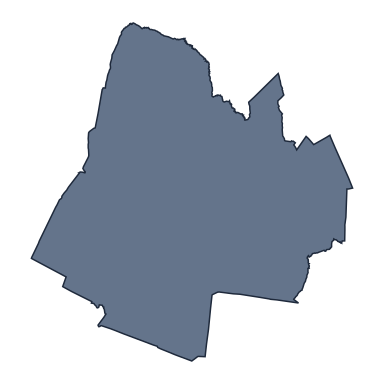 outline of Beidaud, Tulcea, Romania
{"feature_id": "2599482B84970171586181", "entity_name": "Beidaud", "entity_type": "district", "adm_level": 2, "iso_a3": "ROU", "parent_name": "Romania", "parent_adm1": "Tulcea", "projection": "mercator", "projection_center": [28.531, 44.703], "detail": "fine", "context": "isolated", "style": "filled", "palette": "slate", "viewbox_px": 384, "rotation_deg": 0, "n_neighbors": 0, "source": "geoboundaries", "source_scale": "gbopen_adm2", "svg_char_len": 5847}
<svg xmlns="http://www.w3.org/2000/svg" viewBox="0 0 384 384"><path d="M276.9,299.9L298.5,303.0L293.7,299.4L293.8,299.1L294.8,297.9L295.3,297.6L295.8,296.5L296.5,296.1L297.4,295.0L297.7,294.0L299.2,292.0L300.3,291.3L300.8,290.6L302.0,290.2L302.3,288.7L302.7,288.1L304.2,283.2L305.4,281.4L305.9,279.2L306.8,277.2L306.9,275.3L308.0,272.8L308.1,272.1L307.9,271.4L308.0,270.2L307.9,268.5L308.9,268.4L308.8,267.8L309.1,267.8L308.8,267.1L309.2,266.5L309.3,265.9L308.8,265.2L308.6,264.2L309.2,263.6L308.5,263.3L308.2,262.5L308.2,261.8L308.4,261.4L308.1,260.2L308.3,260.1L308.3,259.8L308.0,259.1L307.2,258.3L307.3,257.2L308.0,256.1L308.5,255.7L308.7,256.6L309.1,257.1L311.0,256.0L311.1,255.4L311.9,254.8L312.2,253.9L313.0,253.4L313.9,253.4L314.7,253.0L315.7,253.2L316.6,252.8L317.6,252.9L318.4,252.4L323.8,250.4L324.4,250.4L324.9,251.2L325.5,251.2L325.9,251.0L326.2,250.1L326.7,249.6L329.5,249.3L330.2,248.3L330.5,248.3L330.6,247.8L331.6,246.9L331.6,243.8L332.0,241.6L333.5,240.3L333.8,238.9L335.1,239.8L336.0,239.7L337.2,240.6L337.8,241.4L338.9,241.7L339.4,242.2L340.3,242.0L340.4,242.6L340.7,243.0L341.2,242.9L341.7,243.2L341.7,242.6L342.2,241.0L344.7,240.9L344.9,230.1L344.9,225.7L344.8,225.3L345.9,217.2L346.9,189.0L348.5,189.0L352.6,188.1L348.6,178.1L334.9,147.3L330.2,136.3L329.9,135.2L326.2,137.5L313.7,144.6L308.4,138.5L306.1,136.4L296.7,149.9L295.6,147.5L293.8,144.9L295.3,142.8L293.3,141.2L292.8,141.4L291.5,140.9L290.9,141.7L285.1,140.9L284.6,140.4L284.4,138.8L283.5,137.1L282.7,135.9L282.2,129.5L282.5,127.6L282.2,125.6L282.4,123.4L281.8,121.9L282.2,117.6L281.6,115.0L282.4,113.9L279.4,110.3L278.4,107.3L279.1,106.3L278.1,104.6L277.8,103.4L277.9,100.8L281.2,97.8L283.8,95.0L282.8,92.0L282.7,90.7L282.1,89.7L282.4,88.3L280.9,85.3L280.2,80.9L279.6,79.2L279.1,76.3L278.2,73.5L254.0,97.3L248.7,102.2L249.0,104.2L249.6,105.6L249.8,106.7L249.8,109.0L250.3,113.3L249.5,114.3L249.8,116.7L249.7,117.1L248.6,118.1L248.1,119.2L247.8,119.5L245.3,120.1L244.7,120.0L244.7,119.0L245.0,118.7L244.9,118.4L244.4,118.0L244.7,117.8L244.4,117.1L243.6,116.8L243.5,116.0L242.6,115.8L242.5,115.5L243.0,115.1L242.5,115.0L242.6,114.4L242.3,113.9L240.6,113.9L237.8,112.4L236.1,112.9L235.9,112.1L235.0,111.2L234.7,111.2L234.7,111.7L234.1,111.3L234.5,110.7L234.3,110.3L234.8,110.2L234.8,109.2L233.0,107.9L232.4,108.1L232.0,107.8L231.3,105.5L231.6,104.3L231.1,103.8L230.7,104.2L230.3,104.1L230.0,103.4L230.1,102.9L229.8,102.3L229.5,100.8L228.9,101.6L228.6,101.7L226.6,101.2L224.3,102.0L223.3,101.6L222.7,100.7L222.7,99.7L222.3,99.1L222.4,98.7L221.9,96.5L220.7,96.1L220.5,95.9L220.4,95.2L219.5,95.5L218.0,95.0L217.8,95.2L217.0,95.1L216.8,95.3L217.0,95.7L215.6,95.7L215.1,96.3L213.9,96.5L213.3,97.0L212.2,96.4L211.9,95.1L212.2,94.4L212.2,93.7L211.8,92.9L211.9,92.0L212.2,91.4L212.4,90.7L212.3,87.4L211.7,86.3L211.7,84.0L211.3,83.0L211.4,82.5L210.7,81.7L209.9,80.1L210.2,78.5L210.0,76.8L209.6,76.5L209.5,76.0L209.0,75.5L209.1,74.1L209.6,73.6L209.1,72.8L208.9,72.0L209.7,71.7L209.2,71.1L209.4,69.8L208.5,68.8L208.6,68.3L209.2,67.8L208.8,67.1L209.1,66.7L208.8,66.4L208.8,65.8L209.2,64.6L209.0,64.2L208.9,63.1L208.3,62.2L207.6,62.1L207.5,61.6L207.0,61.8L207.1,61.3L205.6,61.1L206.1,60.6L205.5,59.2L205.1,58.8L204.2,58.9L204.5,58.3L204.0,58.1L203.4,57.1L202.6,56.7L201.4,55.4L200.1,54.7L198.9,52.8L197.2,51.5L197.2,51.0L196.6,50.5L196.4,50.0L195.7,49.7L195.3,49.1L194.6,49.5L194.2,49.1L193.7,49.2L193.6,48.5L193.0,48.8L192.0,48.1L192.3,47.7L192.3,47.3L191.6,46.6L191.5,46.3L192.1,46.6L192.4,46.2L192.4,45.8L191.1,45.4L190.7,44.9L190.4,45.0L190.4,45.5L190.1,45.7L190.0,45.1L188.8,44.5L187.5,44.4L187.0,44.1L187.1,43.5L186.2,43.3L186.5,42.2L186.2,42.1L186.0,41.4L185.4,41.9L185.1,41.6L185.7,41.4L185.7,41.0L185.2,41.0L185.0,40.5L185.2,40.1L184.0,39.5L184.5,39.2L184.9,38.5L183.5,38.5L183.0,38.8L181.1,39.0L180.5,39.4L179.9,39.4L179.7,39.6L179.3,39.4L178.6,39.4L178.3,39.7L177.7,39.2L177.2,39.6L176.6,39.6L175.6,38.8L174.4,38.4L173.3,39.0L172.9,38.9L168.4,36.8L163.8,35.8L163.4,35.3L161.2,34.4L160.2,33.1L159.5,32.9L158.6,32.1L157.7,31.9L157.1,31.2L155.9,30.9L154.9,30.2L152.7,29.9L151.6,29.5L150.0,29.5L149.3,28.9L149.2,28.4L148.5,28.3L148.2,27.5L146.6,28.0L146.2,27.5L145.2,27.8L144.6,27.4L144.2,28.1L143.5,27.7L142.2,28.7L141.9,28.6L139.6,26.4L137.6,25.2L136.3,24.8L135.4,24.0L133.4,23.0L132.5,23.3L132.2,24.1L131.5,24.4L131.1,24.3L131.0,23.7L130.8,23.4L129.8,23.7L129.3,24.9L129.0,25.2L128.2,25.4L127.9,26.0L126.3,27.2L125.5,27.2L125.0,28.2L124.0,28.5L123.5,29.5L122.8,30.2L121.8,31.6L121.4,32.3L121.5,33.4L121.4,34.5L120.4,35.7L119.5,37.4L117.7,43.8L117.1,45.0L116.8,45.2L114.3,50.8L112.1,54.8L111.8,58.2L110.5,62.9L110.2,64.5L110.5,67.1L110.4,68.6L109.5,70.0L108.8,72.4L108.2,73.7L107.6,75.6L106.8,80.2L106.1,82.1L105.5,86.3L105.4,88.0L103.2,87.9L102.9,88.3L102.6,89.2L102.2,89.5L98.1,113.3L95.2,127.9L93.8,128.3L89.9,131.2L89.0,132.1L88.6,132.9L88.2,138.6L88.5,142.6L88.2,144.4L88.2,148.0L88.5,149.5L88.8,155.2L88.5,156.8L83.4,166.8L82.9,168.5L84.2,170.7L85.2,171.8L85.1,172.7L84.9,172.8L82.0,172.1L80.2,172.0L79.7,172.3L79.9,172.3L68.8,186.7L67.5,188.7L66.9,189.9L64.1,193.1L61.9,196.2L61.8,197.7L61.3,198.5L59.6,199.7L59.3,200.1L57.2,204.6L55.7,207.2L39.3,241.0L38.4,243.5L31.7,257.4L31.4,258.4L66.1,276.9L62.7,286.6L71.6,291.5L91.8,301.6L91.4,303.1L93.9,303.5L94.8,304.9L95.9,305.8L96.9,307.7L97.5,307.9L97.9,307.8L98.8,307.1L99.3,304.9L102.4,305.3L102.8,306.7L103.8,307.1L103.6,308.0L103.7,308.5L104.3,309.3L104.8,312.7L105.2,313.8L105.9,314.1L103.8,317.4L98.1,325.0L98.1,325.6L98.8,326.7L99.8,326.5L100.6,325.8L101.5,325.7L110.8,328.8L124.3,334.1L153.3,345.0L157.3,346.3L157.7,347.4L160.3,348.7L175.5,354.9L191.8,361.0L197.8,356.5L198.4,356.4L205.1,356.7L206.5,344.1L208.5,329.3L210.6,307.9L212.0,295.3L212.3,294.7L217.5,292.2L219.1,292.0L233.2,293.8L239.7,294.2L260.2,297.4L269.1,298.9L270.6,299.3L276.9,299.9Z" fill="#64748b" stroke="#1e293b" stroke-width="1.5"/></svg>